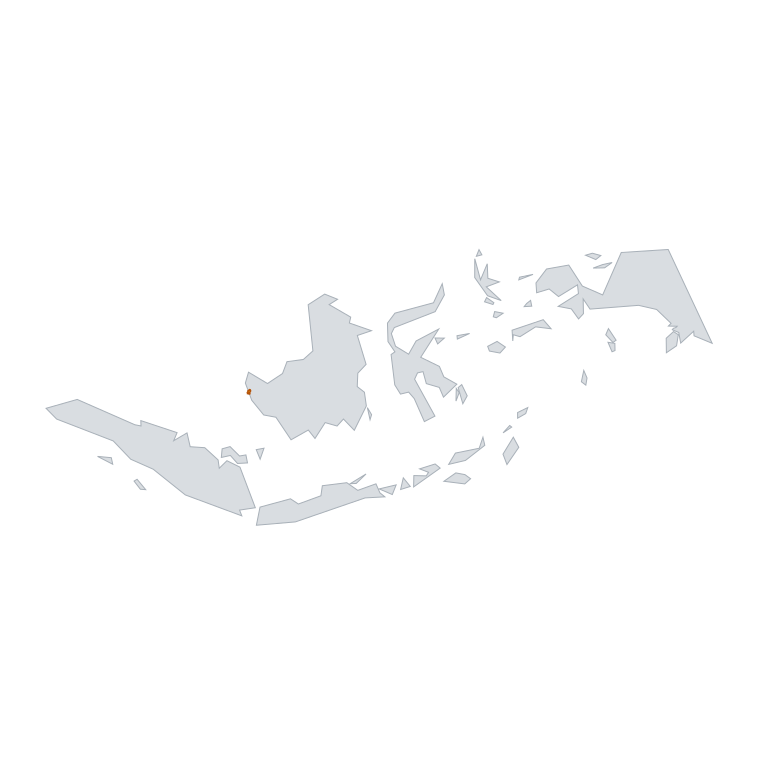 Kota Singkawang, Kalimantan Barat, Indonesia shown in context, rotated 334°
{"feature_id": "22746128B18670307275317", "entity_name": "Kota Singkawang", "entity_type": "district", "adm_level": 2, "iso_a3": "IDN", "parent_name": "Indonesia", "parent_adm1": "Kalimantan Barat", "projection": "natural_earth1", "projection_center": [108.996, 0.891], "detail": "fine", "context": "in_parent", "style": "filled", "palette": "amber", "viewbox_px": 768, "rotation_deg": 334, "n_neighbors": 0, "source": "geoboundaries", "source_scale": "gbopen_adm2", "svg_char_len": 4728}
<svg xmlns="http://www.w3.org/2000/svg" viewBox="0 0 768 768"><g transform="rotate(334 384 384)"><path d="M267.4,314.0L279.5,332.5L297.4,330.1L306.6,321.4L322.3,326.6L334.6,323.1L350.6,279.5L370.1,277.2L379.4,287.5L369.5,288.6L383.4,309.3L379.6,314.0L396.1,330.6L381.3,328.7L376.5,358.5L365.2,362.8L358.8,374.6L362.8,382.8L358.5,396.0L337.0,412.6L332.2,397.7L323.4,401.2L314.2,392.9L298.1,402.7L295.8,392.2L276.0,393.4L272.3,366.5L262.3,359.1L258.0,340.6L259.8,322.4L267.4,314.0ZM69.6,257.7L101.5,263.4L142.2,311.4L147.2,315.2L149.4,310.3L176.7,337.0L170.1,342.8L185.5,341.6L182.3,355.4L195.0,362.7L201.6,379.5L199.0,387.5L209.2,384.1L218.1,395.6L214.1,438.8L198.9,434.0L198.4,440.2L156.8,396.6L139.2,359.4L123.4,340.6L115.7,316.5L74.4,272.0L69.6,257.7ZM698.4,387.7L696.8,491.3L683.8,476.6L685.5,472.3L668.6,477.3L671.5,466.9L666.9,461.6L668.5,460.8L671.2,461.2L672.8,460.6L665.0,456.6L668.6,455.3L661.7,436.5L647.3,424.9L602.0,407.0L600.3,394.8L594.1,408.2L587.4,410.8L585.3,398.6L574.6,390.6L598.4,388.0L601.4,379.7L579.2,381.9L574.1,371.0L561.2,368.9L564.9,359.8L580.5,351.9L602.2,358.1L605.2,382.9L619.6,399.8L654.9,369.8L698.4,387.7ZM477.3,330.4L461.7,341.4L418.0,337.8L412.7,341.9L410.9,355.1L419.2,368.0L431.7,359.4L457.3,358.6L428.7,376.1L441.5,392.5L440.9,403.8L449.4,416.1L431.7,421.9L432.2,411.3L422.2,402.2L424.5,390.0L419.0,388.7L413.6,393.1L415.7,435.2L403.8,435.5L404.8,410.4L402.6,402.1L394.4,400.3L393.3,389.5L403.3,360.6L407.9,359.9L406.2,347.6L413.8,330.8L424.9,325.1L464.1,332.7L480.3,319.4L477.3,330.4ZM218.6,440.3L249.6,446.2L254.4,454.3L278.3,456.8L284.0,448.4L307.3,456.4L313.8,468.1L333.0,470.2L332.6,480.0L335.3,485.8L317.1,478.1L243.9,469.1L207.4,455.0L218.6,440.3ZM516.4,332.7L529.5,321.2L523.7,334.5L532.4,342.8L518.5,341.5L525.9,360.4L515.8,350.1L512.2,328.1L520.5,311.2L516.4,332.7ZM522.7,391.8L555.3,396.0L558.4,407.6L545.3,399.1L527.0,401.1L521.8,396.4L518.6,401.8L522.7,391.8ZM447.7,483.3L423.7,488.4L406.9,484.6L417.9,477.4L441.4,483.5L449.6,475.2L447.7,483.3ZM378.8,475.9L394.9,478.3L397.6,484.2L365.5,489.5L370.7,479.4L381.7,485.1L385.3,482.9L378.8,475.9ZM476.9,488.5L477.4,500.0L459.2,510.3L460.2,499.2L476.9,488.5ZM218.2,372.8L222.6,385.4L228.8,387.2L226.7,395.1L217.5,391.2L214.6,380.9L205.6,378.7L210.1,371.3L218.2,372.8ZM663.7,477.9L651.5,479.7L657.7,466.6L667.2,463.8L670.1,468.7L663.7,477.9ZM409.6,495.4L417.0,500.9L420.3,507.1L412.8,509.2L395.2,497.7L409.6,495.4ZM504.3,395.3L509.3,404.0L501.8,407.0L493.2,400.6L493.7,395.6L504.3,395.3ZM333.7,476.2L350.7,480.0L343.0,487.0L333.7,476.2ZM360.2,476.8L362.7,487.6L352.7,486.1L360.2,476.8ZM248.0,389.1L239.7,397.3L240.4,387.0L248.0,389.1ZM610.0,432.6L611.8,446.4L608.0,447.0L604.9,437.0L610.0,432.6ZM328.4,457.0L315.4,461.2L309.9,458.8L328.4,457.0ZM453.6,418.6L453.6,431.1L446.2,436.3L449.1,419.7L453.6,418.6ZM94.8,323.5L106.6,330.7L105.0,337.2L94.8,323.5ZM123.5,374.5L118.9,371.8L116.8,361.7L120.3,361.4L123.5,374.5ZM564.9,473.5L562.4,468.5L569.5,459.4L569.1,467.6L564.9,473.5ZM552.6,347.4L566.0,350.8L550.8,349.5L552.6,347.4ZM470.8,372.6L483.1,376.1L469.6,375.8L470.8,372.6ZM447.8,424.7L441.2,430.9L447.0,419.7L447.8,424.7ZM621.6,356.6L628.6,357.8L635.2,363.6L628.9,365.0L621.6,356.6ZM502.9,468.2L498.4,472.7L489.1,473.3L491.6,468.2L502.9,468.2ZM609.3,448.7L606.3,455.2L603.1,455.0L603.6,444.7L609.3,448.7ZM522.1,372.6L514.0,373.7L511.7,371.5L515.2,367.4L522.1,372.6ZM622.8,371.5L632.8,372.5L642.3,374.8L633.2,376.3L622.8,371.5ZM450.0,365.0L458.3,369.2L449.8,371.5L450.0,365.0ZM528.6,310.8L523.0,309.7L528.3,304.9L528.6,310.8ZM469.6,480.1L478.8,476.4L479.9,478.7L469.6,480.1ZM552.4,373.1L550.9,378.8L543.9,375.9L547.5,374.2L552.4,373.1ZM359.4,406.1L355.8,410.0L358.7,397.9L359.4,406.1ZM514.1,351.3L518.4,359.1L516.8,360.3L510.4,354.2L514.1,351.3Z" fill="#d9dde1" stroke="#a8b0b8" stroke-width="1"/><path d="M261.2,330.9L261.2,330.7L260.9,330.7L260.8,330.4L260.8,330.2L260.7,330.1L260.4,330.1L260.2,330.2L260.1,330.3L260.0,330.5L260.0,330.4L259.9,330.3L259.7,330.4L259.6,330.5L259.4,330.5L259.2,330.5L258.9,330.5L258.7,330.5L258.5,330.8L258.4,330.9L258.4,331.0L258.4,331.3L258.3,331.5L258.2,331.5L258.3,331.5L258.2,331.5L258.1,331.8L258.0,332.0L257.9,332.1L257.8,332.3L257.7,332.3L257.6,332.5L257.5,332.4L257.5,332.5L257.5,332.4L257.4,332.4L257.3,332.5L257.2,332.6L257.1,332.8L257.4,333.0L257.5,332.9L257.5,333.0L257.9,333.4L258.0,333.3L258.3,333.4L258.3,333.5L258.4,333.8L258.5,333.9L258.6,334.0L258.8,334.0L259.0,334.1L259.2,333.9L259.3,333.8L259.3,333.7L259.3,333.4L259.3,333.2L259.4,332.9L259.5,332.8L259.5,332.7L259.8,332.6L260.1,332.5L260.2,332.4L260.3,332.3L260.5,332.2L260.7,331.9L260.8,331.9L261.0,331.8L261.0,331.7L261.0,331.4L261.0,331.2L261.1,330.9L261.2,330.9Z" fill="#f59e0b" stroke="#b45309" stroke-width="1.5"/></g></svg>